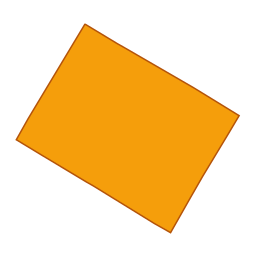 the district of Shelby, Indiana, United States of America, rotated 301°
{"feature_id": "52423323B30392961405034", "entity_name": "Shelby", "entity_type": "district", "adm_level": 2, "iso_a3": "USA", "parent_name": "United States of America", "parent_adm1": "Indiana", "projection": "robinson", "projection_center": [-85.79, 39.523], "detail": "fine", "context": "isolated", "style": "filled", "palette": "amber", "viewbox_px": 256, "rotation_deg": 301, "n_neighbors": 0, "source": "geoboundaries", "source_scale": "gbopen_adm2", "svg_char_len": 361}
<svg xmlns="http://www.w3.org/2000/svg" viewBox="0 0 256 256"><g transform="rotate(301 128 128)"><path d="M173.0,217.0L195.8,216.9L196.3,164.1L195.0,82.6L194.8,75.1L194.9,38.1L194.6,37.6L84.4,37.6L60.4,38.3L60.3,68.6L60.3,120.3L60.5,127.9L59.7,199.8L60.2,218.4L100.1,217.4L124.8,216.9L173.0,217.0Z" fill="#f59e0b" stroke="#b45309" stroke-width="1.5"/></g></svg>